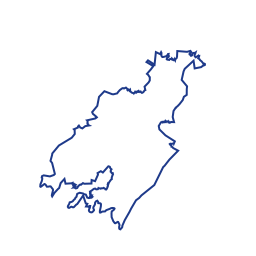 the district of Tepecoacuilco de Trujano, Guerrero, Mexico, rotated 28°
{"feature_id": "50627088B4261822840541", "entity_name": "Tepecoacuilco de Trujano", "entity_type": "district", "adm_level": 2, "iso_a3": "MEX", "parent_name": "Mexico", "parent_adm1": "Guerrero", "projection": "equal_earth", "projection_center": [-99.467, 18.127], "detail": "fine", "context": "isolated", "style": "outline", "palette": "blue", "viewbox_px": 256, "rotation_deg": 28, "n_neighbors": 0, "source": "geoboundaries", "source_scale": "gbopen_adm2", "svg_char_len": 5854}
<svg xmlns="http://www.w3.org/2000/svg" viewBox="0 0 256 256"><g transform="rotate(28 128 128)"><path d="M74.7,210.9L75.1,212.3L75.7,212.4L76.2,213.2L76.8,215.4L77.1,218.8L78.0,220.9L78.4,221.0L78.7,220.7L80.5,216.7L80.9,216.6L82.0,216.8L83.9,217.9L85.0,217.3L86.5,216.1L87.2,215.9L90.5,217.4L91.0,218.1L92.1,222.5L92.5,223.5L93.2,224.0L93.5,219.8L94.8,214.8L95.4,213.3L94.4,208.2L95.8,202.8L99.0,206.5L104.0,203.4L104.8,202.5L105.1,203.2L105.8,202.8L106.2,203.7L107.0,202.1L107.0,203.0L107.2,202.7L108.0,202.7L107.7,203.1L107.7,204.3L108.6,204.2L108.3,204.6L108.6,204.9L108.1,205.4L107.9,206.0L108.3,205.7L108.6,205.9L109.6,205.7L110.1,205.9L110.5,205.7L111.3,204.8L111.4,204.3L111.2,203.3L111.5,202.8L111.5,202.1L112.4,200.3L113.1,200.2L114.1,197.8L115.5,197.8L121.8,194.2L120.3,191.0L123.9,190.4L123.4,183.3L122.3,182.1L124.3,178.9L126.7,179.1L128.6,171.1L128.9,170.9L130.1,170.8L130.6,171.1L131.3,171.9L132.8,172.2L132.7,173.5L133.2,174.7L133.6,174.7L134.7,175.4L135.1,175.4L135.7,175.0L136.5,175.9L136.4,176.9L136.6,177.1L136.6,177.8L136.8,178.5L136.8,179.2L137.7,180.8L137.3,181.4L137.0,183.2L136.8,185.2L137.0,186.7L136.4,186.5L136.6,187.6L137.4,188.4L137.6,189.1L137.6,189.4L137.5,189.7L137.7,190.0L137.8,191.8L137.6,192.6L136.9,192.8L136.3,192.4L134.6,192.3L134.2,193.0L133.0,193.6L132.4,194.4L131.5,194.4L130.6,195.1L130.1,195.0L130.2,195.8L130.1,196.2L129.1,196.9L128.7,197.1L127.4,196.9L126.5,197.7L126.0,198.6L125.3,200.3L124.9,200.9L124.5,201.7L124.8,202.0L124.4,202.2L124.8,202.7L125.1,203.6L125.4,204.0L125.8,203.9L125.8,204.2L126.2,204.3L126.3,204.8L126.6,204.7L126.6,205.1L127.2,204.8L127.1,205.3L127.8,204.8L127.8,205.1L128.2,205.3L128.0,205.7L128.2,206.1L128.8,205.9L128.6,206.5L128.1,207.0L127.6,207.2L126.3,208.3L124.7,208.6L122.1,206.6L120.0,207.1L119.1,206.9L115.7,207.9L114.1,209.9L114.5,212.0L114.7,212.3L114.8,213.0L114.3,214.2L114.5,215.3L113.8,217.2L113.7,218.2L113.5,218.7L112.9,219.7L111.4,221.0L111.7,222.4L111.6,225.1L111.9,225.9L112.8,226.4L113.5,226.2L114.8,224.2L115.1,224.0L116.6,223.9L117.2,223.5L117.4,223.1L118.3,219.9L118.9,219.0L120.1,208.7L126.1,214.4L127.7,214.0L127.8,217.0L129.4,216.2L129.9,216.2L130.6,214.9L131.2,214.6L131.8,216.4L131.7,217.3L132.0,218.7L132.2,219.2L132.6,219.6L133.4,220.0L134.4,220.0L135.6,219.5L136.0,218.9L136.3,218.1L136.6,216.6L136.5,216.3L135.0,215.1L134.6,214.2L134.7,211.3L134.5,210.3L134.1,209.7L134.0,209.1L134.2,207.7L135.0,206.6L136.3,207.2L137.0,208.3L139.0,207.5L139.5,207.6L140.1,208.3L140.9,210.2L142.1,214.5L142.6,215.5L143.1,215.8L143.6,215.4L144.5,213.9L146.9,212.4L147.4,210.7L149.8,208.0L150.8,206.6L152.0,205.8L153.3,205.3L153.9,205.4L154.0,205.7L153.9,206.8L152.8,209.3L153.5,211.1L155.4,214.4L158.8,217.2L161.0,218.2L161.6,218.0L162.6,216.3L163.0,215.7L163.5,215.6L165.2,216.8L166.1,217.7L166.6,219.5L167.3,220.7L168.0,221.2L168.9,221.0L168.9,220.4L169.3,219.4L169.4,218.0L168.9,217.0L168.4,210.9L168.7,201.4L168.6,197.7L169.0,188.0L170.7,184.5L171.5,181.2L178.0,166.0L177.4,146.0L178.0,144.3L179.4,136.4L182.9,124.5L177.5,124.5L175.5,123.9L175.2,124.0L175.1,123.6L173.0,122.8L172.6,122.8L172.1,123.3L172.3,122.7L172.7,122.0L174.2,121.4L175.6,120.0L175.8,120.2L175.6,117.8L164.5,116.9L156.4,114.5L154.2,111.8L154.4,107.6L155.1,107.0L154.9,106.9L155.4,106.9L155.3,106.5L156.3,105.9L156.6,105.9L156.7,106.2L156.9,106.0L156.7,105.6L157.2,105.0L157.7,104.9L157.9,105.5L158.2,105.3L157.9,105.1L158.2,104.7L158.1,104.4L158.6,104.6L158.6,104.2L159.4,103.7L160.3,104.0L160.3,104.5L160.6,103.9L160.9,103.8L160.9,103.3L161.6,103.8L162.0,103.5L161.9,103.9L162.4,103.8L163.4,102.4L165.9,101.2L162.3,97.3L160.2,91.6L160.5,88.6L160.8,87.8L160.6,87.6L161.5,85.5L162.3,82.7L163.2,77.6L162.7,74.2L164.3,71.2L161.6,66.0L160.6,63.5L152.8,60.3L150.5,51.9L150.3,49.1L154.3,37.8L158.9,44.1L164.0,39.9L164.8,38.1L166.2,36.4L166.3,36.2L165.9,35.4L165.3,35.3L165.0,35.4L165.0,35.7L164.8,35.6L164.4,35.9L164.1,35.5L163.7,35.5L161.7,34.6L159.9,34.3L158.9,33.7L157.3,33.5L157.4,33.0L157.2,32.4L157.3,31.8L157.1,31.2L156.8,31.5L156.2,31.0L154.6,33.8L153.4,33.4L152.4,32.4L152.5,31.0L152.2,29.6L151.9,30.2L150.7,30.9L149.8,31.9L150.4,33.8L150.1,34.4L149.6,34.7L148.6,34.1L147.9,34.1L147.8,33.2L147.5,33.1L148.1,31.2L146.9,30.6L144.4,33.0L135.4,36.9L137.8,42.0L138.1,43.5L137.7,44.5L137.3,44.9L138.0,46.1L137.5,45.8L137.6,46.0L137.2,45.8L136.8,45.6L136.5,46.3L134.9,46.1L135.6,46.8L133.0,47.1L132.6,47.6L132.6,48.0L132.7,48.4L133.2,48.3L130.5,49.2L129.9,49.1L129.6,48.1L130.0,47.0L130.4,46.5L130.4,45.4L130.1,45.0L129.9,44.9L129.1,44.2L129.0,43.6L128.7,43.8L128.9,44.2L128.7,44.9L128.5,45.2L128.0,46.7L126.1,48.5L125.0,49.2L123.5,48.5L122.3,46.0L121.6,45.5L121.6,45.9L121.6,46.3L121.8,46.6L121.7,47.3L121.5,47.7L117.0,47.9L121.7,59.6L113.9,58.9L113.4,61.1L121.3,61.5L120.6,65.8L119.3,71.3L121.1,71.7L123.1,72.9L123.4,72.9L124.9,75.8L124.8,78.1L123.2,83.7L125.5,86.4L125.0,86.9L124.7,89.1L124.1,90.2L123.5,90.5L123.0,90.2L122.3,90.3L122.0,90.0L121.7,90.4L121.5,90.2L120.6,91.0L119.8,90.3L119.4,90.9L119.5,91.6L118.8,91.8L118.8,92.5L118.0,92.2L117.5,92.4L117.9,93.1L117.8,93.5L117.6,93.6L117.2,93.3L117.0,94.4L116.9,94.3L116.7,94.7L114.6,95.0L113.5,94.7L112.6,94.7L112.3,93.8L112.0,93.4L111.9,94.0L111.4,94.1L111.4,93.5L110.8,93.6L111.0,93.9L110.3,94.5L110.2,94.9L109.8,94.8L109.8,94.6L108.7,93.7L107.2,93.3L105.9,95.0L104.9,95.1L104.3,95.6L103.0,98.3L102.4,100.8L102.2,102.5L99.3,105.1L98.1,105.6L89.9,106.6L87.8,114.1L90.5,122.9L88.9,130.8L90.4,132.0L93.4,132.6L94.0,133.0L94.4,132.8L95.5,133.2L94.7,134.9L88.3,140.4L89.1,140.6L89.1,141.1L89.8,142.2L89.8,142.7L90.1,142.9L90.3,143.3L91.0,143.4L91.3,144.0L92.5,144.0L89.4,146.4L87.9,149.8L85.6,150.0L83.5,148.9L83.1,150.2L83.5,151.2L80.8,154.5L81.9,154.9L83.8,158.3L82.9,163.0L75.2,175.9L73.1,186.0L73.6,187.3L75.0,193.4L77.4,194.5L85.0,202.9L84.6,204.3L81.8,207.4L75.8,209.4L74.7,210.9Z" fill="none" stroke="#1e3a8a" stroke-width="2"/></g></svg>